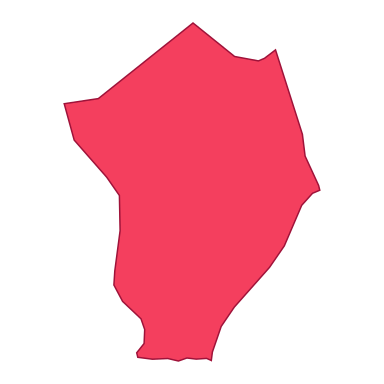 the Municipality of Loška dolina
{"feature_id": "SVN-209", "entity_name": "Loška dolina", "entity_type": "Municipality", "adm_level": 1, "iso_a3": "SVN", "parent_name": "Slovenia", "parent_adm1": "", "projection": "orthographic", "projection_center": [14.485, 45.663], "detail": "fine", "context": "isolated", "style": "filled", "palette": "rose", "viewbox_px": 384, "rotation_deg": 0, "n_neighbors": 0, "source": "natural_earth", "source_scale": "10m", "svg_char_len": 603}
<svg xmlns="http://www.w3.org/2000/svg" viewBox="0 0 384 384"><path d="M319.8,190.2L312.5,193.3L301.7,205.3L284.3,245.9L269.5,267.4L234.3,307.1L221.2,326.4L212.4,352.0L211.3,360.5L210.7,360.2L206.6,358.4L196.2,359.1L186.9,358.0L178.4,361.0L167.8,358.5L152.4,359.2L137.8,357.3L136.7,352.8L144.1,343.5L144.7,329.5L141.0,318.8L122.6,301.4L113.9,285.0L114.8,270.9L120.1,230.7L119.4,195.5L106.7,177.2L74.2,140.1L64.2,103.7L98.3,98.6L193.0,23.0L234.6,56.5L258.4,60.9L264.5,58.3L275.5,49.9L302.4,134.3L305.1,156.1L318.6,185.4L319.6,189.5L319.8,190.2Z" fill="#f43f5e" stroke="#9f1239" stroke-width="1.5"/></svg>